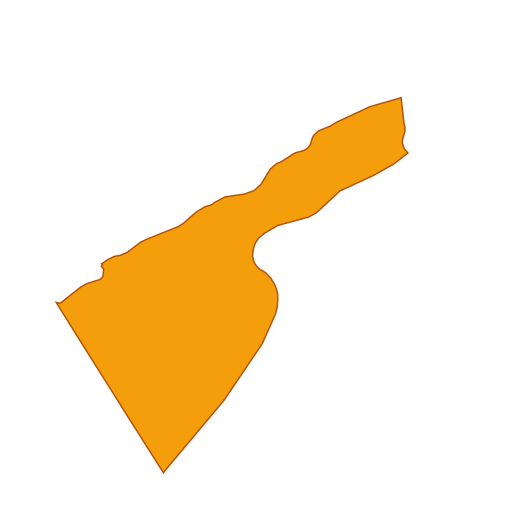 Aqaba, Albers equal-area conic projection, rotated 48°
{"feature_id": "JOR-849", "entity_name": "Aqaba", "entity_type": "Province", "adm_level": 1, "iso_a3": "JOR", "parent_name": "Jordan", "parent_adm1": "", "projection": "albers", "projection_center": [35.24, 29.976], "detail": "fine", "context": "isolated", "style": "filled", "palette": "amber", "viewbox_px": 512, "rotation_deg": 48, "n_neighbors": 0, "source": "natural_earth", "source_scale": "10m", "svg_char_len": 1250}
<svg xmlns="http://www.w3.org/2000/svg" viewBox="0 0 512 512"><g transform="rotate(48 256 256)"><path d="M158.5,375.9L159.6,368.1L161.4,361.8L164.7,356.4L167.1,349.2L168.5,333.0L170.4,325.9L182.0,294.5L183.1,288.7L183.3,271.2L185.2,261.4L186.2,258.9L187.4,256.7L188.3,254.2L188.5,250.7L191.4,239.4L202.1,223.4L206.1,213.7L206.1,204.6L201.0,187.0L201.1,178.8L202.9,173.9L205.3,158.9L206.8,155.3L208.4,152.3L209.8,149.3L210.3,145.3L209.6,141.2L206.1,135.3L204.9,132.4L204.9,125.5L209.2,113.8L210.4,106.9L221.1,71.7L235.5,42.2L239.3,45.0L256.2,57.1L260.0,59.1L263.2,62.1L266.2,67.2L269.2,71.2L272.7,72.9L275.5,73.9L281.1,74.2L279.8,92.1L274.7,114.9L263.8,150.0L264.3,182.3L262.3,190.7L247.8,219.5L244.9,233.8L244.4,241.4L245.5,246.8L246.8,249.6L248.8,252.9L251.1,255.9L254.1,258.8L257.5,260.8L261.6,262.1L265.6,262.3L269.3,261.8L272.5,260.6L275.7,260.0L282.1,259.8L289.6,261.2L294.2,262.9L299.1,265.6L303.9,269.9L308.4,274.7L312.2,280.4L325.4,310.2L341.8,376.3L354.6,467.3L355.2,469.8L325.5,464.8L288.3,458.5L253.4,452.4L214.4,445.7L184.6,440.5L156.8,435.5L160.1,433.2L161.8,407.0L163.6,399.5L169.1,387.7L168.8,383.2L163.6,377.9L160.2,377.9L160.0,377.0L160.0,376.2L159.7,375.8L158.5,375.9Z" fill="#f59e0b" stroke="#b45309" stroke-width="1.5"/></g></svg>